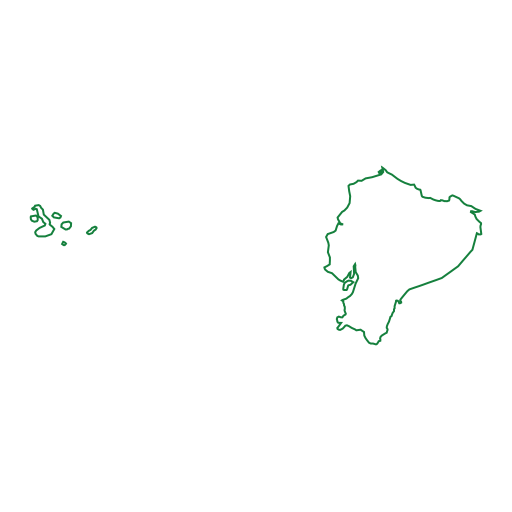 the border of Ecuador
{"feature_id": "ECU", "entity_name": "Ecuador", "entity_type": "country or territory", "adm_level": 0, "iso_a3": "ECU", "parent_name": "South America", "parent_adm1": "", "projection": "albers", "projection_center": [-81.617, -1.768], "detail": "fine", "context": "isolated", "style": "outline", "palette": "green", "viewbox_px": 512, "rotation_deg": 0, "n_neighbors": 0, "source": "natural_earth", "source_scale": "50m", "svg_char_len": 4214}
<svg xmlns="http://www.w3.org/2000/svg" viewBox="0 0 512 512"><path d="M480.5,210.8L478.9,211.7L477.3,211.8L475.2,212.1L472.2,211.2L471.1,211.2L470.9,212.1L472.9,213.3L474.8,214.6L475.4,216.6L476.6,219.0L479.3,221.7L481.0,223.1L481.1,224.0L480.5,225.8L480.4,227.2L481.3,234.0L480.7,234.4L479.6,234.4L478.6,234.4L477.7,233.6L476.9,233.2L476.6,234.2L475.8,237.2L474.0,243.9L472.4,249.8L470.4,251.9L467.6,255.2L463.7,259.7L458.1,266.3L453.9,269.3L450.6,271.7L446.8,274.4L441.8,278.0L436.3,280.0L428.6,282.7L423.1,284.7L419.1,286.1L414.9,287.5L409.4,289.4L407.3,291.2L403.7,295.5L402.0,297.6L400.5,299.5L400.2,300.3L400.4,300.8L401.1,301.7L401.2,302.6L400.2,303.2L399.3,303.3L399.0,302.8L398.7,301.8L397.8,300.8L396.7,300.5L396.1,300.7L396.0,301.7L394.6,306.2L394.6,308.3L394.0,309.2L394.0,311.1L392.6,313.0L392.0,314.6L391.6,316.0L390.4,316.9L390.0,318.4L389.0,321.6L387.7,324.1L386.9,326.2L386.7,327.8L387.4,328.9L387.6,329.8L387.0,331.5L386.7,332.7L385.1,333.5L381.9,335.5L380.6,336.8L380.1,338.4L380.4,339.7L380.3,340.8L378.7,341.2L378.2,342.2L377.1,343.8L376.0,344.4L372.9,343.5L370.7,343.5L369.0,342.7L367.1,340.3L365.6,338.2L364.3,335.6L364.0,332.0L362.3,330.9L360.6,329.7L358.6,330.0L356.3,330.3L355.0,329.4L351.7,327.9L349.0,326.2L346.9,325.3L345.3,325.7L344.4,326.8L342.7,328.6L340.2,329.9L339.1,329.8L337.6,329.0L337.3,328.0L338.6,326.4L341.1,322.9L338.3,322.8L337.4,321.7L337.2,320.4L336.8,319.1L337.3,317.4L338.8,316.6L340.9,317.3L342.4,317.3L343.4,315.8L344.4,315.1L345.4,314.6L345.8,313.8L344.8,311.3L344.5,310.0L344.8,309.2L344.8,307.7L344.7,306.6L344.1,305.6L344.0,304.1L343.5,303.2L343.3,302.4L343.3,301.4L342.6,300.9L341.9,300.4L342.5,300.0L346.4,298.6L348.0,297.3L350.0,296.0L351.8,294.1L352.9,292.2L355.6,283.6L358.2,278.2L357.8,275.6L355.7,272.1L355.2,266.9L355.4,265.3L355.1,264.1L353.7,266.3L354.1,273.9L352.8,277.3L351.1,278.2L350.0,277.6L350.6,272.0L349.3,273.0L347.3,276.8L344.0,279.6L343.8,280.5L343.0,281.7L340.4,280.6L338.4,279.4L332.0,273.2L327.8,271.8L325.2,269.6L324.7,268.7L324.4,267.4L327.0,266.1L329.7,264.4L329.9,260.5L329.9,257.4L327.9,252.2L328.8,245.3L328.3,242.7L326.1,237.0L327.7,234.1L333.7,232.0L335.6,230.6L337.0,226.1L338.4,223.4L341.0,224.5L343.1,224.4L340.3,223.4L338.0,219.3L337.6,217.5L342.1,211.9L344.4,210.5L347.2,207.6L349.6,203.1L350.2,196.2L349.2,191.2L348.5,185.9L349.9,184.5L353.6,183.8L356.5,182.1L358.0,180.6L361.6,180.8L365.6,178.4L372.1,177.2L381.2,174.4L383.2,172.0L382.3,167.6L383.2,168.2L385.7,170.2L387.2,172.3L389.8,173.6L391.9,174.6L397.4,178.8L401.0,181.0L404.9,182.9L410.6,184.9L414.1,184.6L414.9,186.1L415.6,187.7L416.9,188.7L418.9,189.5L420.2,189.7L420.5,190.1L421.8,195.9L422.5,196.8L425.3,197.7L428.8,198.1L430.2,197.9L433.3,199.5L435.6,200.3L438.0,200.9L439.7,201.0L440.5,200.8L440.8,200.2L442.2,200.3L444.3,201.1L447.2,201.2L449.1,200.5L449.4,199.4L449.5,197.3L450.2,196.6L452.3,195.4L453.4,195.7L459.0,198.3L460.1,199.2L461.5,201.0L464.1,203.6L467.0,205.3L471.3,206.1L475.5,208.9L480.5,210.8ZM41.1,207.8L42.9,209.6L43.8,214.6L49.4,219.9L50.1,222.8L49.6,224.2L49.9,224.7L52.5,226.8L54.3,229.0L51.4,234.2L45.3,236.4L38.6,236.4L37.3,235.9L35.6,233.9L35.2,232.2L36.2,230.5L39.6,227.9L44.8,225.5L45.4,223.8L43.3,222.1L41.9,218.7L38.5,216.4L36.8,209.2L35.7,208.8L33.5,209.8L32.4,209.0L32.2,208.5L34.6,206.8L35.1,205.7L38.7,205.1L40.2,206.0L41.1,207.8ZM67.1,229.4L65.6,229.5L61.3,226.9L61.6,224.3L63.3,222.5L68.8,221.6L71.1,223.2L70.9,226.3L69.1,228.6L67.6,229.0L67.1,229.4ZM347.2,289.0L346.6,290.0L344.0,290.0L343.3,289.6L343.3,288.4L343.9,284.6L344.7,282.9L346.8,281.4L348.6,280.6L350.9,280.8L353.3,282.2L350.4,284.8L348.8,285.2L348.2,285.5L347.2,289.0ZM37.0,221.2L34.3,221.7L31.9,220.7L30.9,219.3L30.7,217.1L30.9,216.4L36.0,215.5L37.7,217.4L37.7,220.1L37.0,221.2ZM92.2,233.1L89.0,234.2L87.9,233.7L87.2,233.2L87.0,232.5L88.8,230.8L90.5,229.9L92.1,227.9L95.0,226.7L95.8,227.0L96.4,227.4L96.6,228.0L95.6,229.6L93.9,230.7L92.2,233.1ZM60.4,217.5L59.1,218.3L53.9,217.4L52.3,215.8L53.6,213.7L54.7,212.8L57.8,213.6L61.0,216.0L60.4,217.5ZM64.7,245.1L63.6,245.1L62.1,244.0L63.2,241.8L64.5,242.3L65.4,242.9L66.0,243.7L64.7,245.1ZM380.9,173.1L379.4,173.3L378.7,172.0L380.6,170.5L381.2,170.2L380.9,173.1Z" fill="none" stroke="#15803d" stroke-width="2"/></svg>